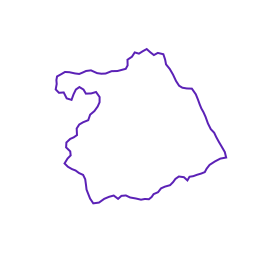 outline of Vermelho Novo, Minas Gerais, Brazil, rotated 321°
{"feature_id": "56859067B8228398709710", "entity_name": "Vermelho Novo", "entity_type": "district", "adm_level": 2, "iso_a3": "BRA", "parent_name": "Brazil", "parent_adm1": "Minas Gerais", "projection": "robinson", "projection_center": [-42.258, -20.028], "detail": "fine", "context": "isolated", "style": "outline", "palette": "violet", "viewbox_px": 256, "rotation_deg": 321, "n_neighbors": 0, "source": "geoboundaries", "source_scale": "gbopen_adm2", "svg_char_len": 1589}
<svg xmlns="http://www.w3.org/2000/svg" viewBox="0 0 256 256"><g transform="rotate(321 128 128)"><path d="M185.7,212.7L188.1,207.6L189.2,200.6L189.9,195.8L190.9,190.4L192.0,185.9L191.6,181.0L193.0,174.7L195.3,168.1L196.6,163.2L197.3,159.0L198.6,154.7L200.3,149.8L201.9,144.5L202.4,137.6L198.6,134.3L195.6,130.9L194.3,127.3L194.9,121.7L196.6,114.8L197.6,108.4L197.6,102.5L199.9,98.2L201.9,92.9L198.4,88.4L194.0,87.6L193.0,83.3L192.2,78.4L187.6,77.6L183.3,77.1L180.8,73.5L175.9,75.1L170.6,74.6L167.1,79.1L163.5,80.6L159.7,78.9L155.7,77.1L151.0,73.5L144.9,71.6L141.5,69.1L138.5,65.9L135.5,59.9L131.3,57.3L127.4,56.3L124.1,55.3L121.2,52.3L117.6,47.8L114.3,44.8L110.3,44.2L105.3,43.3L102.5,45.7L100.3,48.9L96.1,52.5L96.5,57.2L100.4,59.9L99.0,66.4L101.8,70.6L106.8,67.6L111.7,65.3L116.0,65.6L117.6,70.1L116.9,74.8L121.2,78.0L125.8,79.9L125.4,86.1L122.1,90.1L118.0,92.2L112.5,93.7L107.0,93.8L102.0,96.9L96.8,95.3L92.3,94.6L87.8,96.1L83.9,101.4L79.9,101.1L76.2,100.1L71.0,100.5L67.7,104.1L68.4,109.8L66.2,113.2L61.8,113.7L56.4,115.6L56.9,120.3L58.6,124.7L60.5,128.0L61.6,132.2L63.6,136.2L62.5,140.9L59.4,146.0L57.0,149.8L55.7,153.9L54.1,159.0L53.6,164.7L58.5,167.7L65.0,168.1L70.1,169.6L74.4,171.5L75.7,176.8L80.2,176.6L83.9,179.1L85.9,183.3L89.8,187.8L93.0,191.9L96.5,193.8L99.4,196.5L102.9,196.5L106.3,195.5L110.9,196.8L115.7,195.7L119.8,196.8L124.7,198.9L129.1,198.4L132.8,197.4L137.0,197.7L140.5,201.4L141.2,206.1L145.1,204.6L148.4,206.5L152.2,207.8L156.3,209.5L159.9,210.6L163.5,209.1L168.2,208.0L174.6,208.7L180.5,209.9L185.7,212.7Z" fill="none" stroke="#5b21b6" stroke-width="2"/></g></svg>